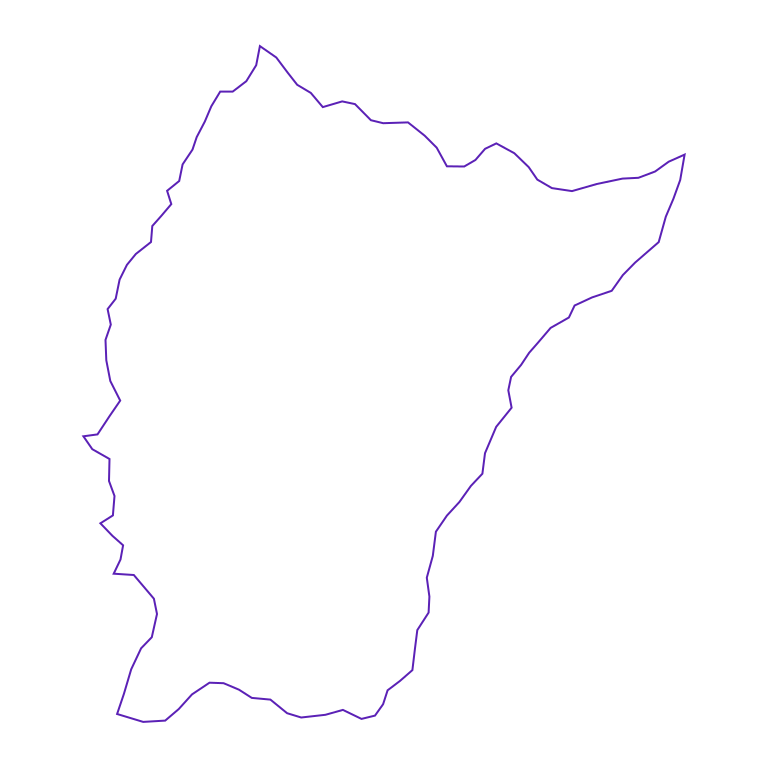 the district of Santa Bárbara de Goiás, Goiás, Brazil
{"feature_id": "56859067B76762527426674", "entity_name": "Santa Bárbara de Goiás", "entity_type": "district", "adm_level": 2, "iso_a3": "BRA", "parent_name": "Brazil", "parent_adm1": "Goiás", "projection": "orthographic", "projection_center": [-49.679, -16.596], "detail": "fine", "context": "isolated", "style": "outline", "palette": "violet", "viewbox_px": 768, "rotation_deg": 0, "n_neighbors": 0, "source": "geoboundaries", "source_scale": "gbopen_adm2", "svg_char_len": 1615}
<svg xmlns="http://www.w3.org/2000/svg" viewBox="0 0 768 768"><path d="M107.6,309.1L110.8,324.6L105.5,339.9L106.3,360.3L110.3,381.0L120.2,400.6L109.5,416.2L97.5,434.4L83.4,436.3L92.3,449.2L109.5,459.0L109.0,481.0L114.5,496.0L112.9,515.4L100.4,523.3L112.4,535.8L123.1,545.3L120.5,559.5L113.7,573.7L133.8,575.0L153.9,598.7L157.0,614.0L151.8,637.2L141.1,648.3L131.2,669.3L123.9,693.9L117.1,714.0L143.2,721.9L165.2,720.6L178.7,709.1L192.0,694.4L209.5,682.7L223.6,683.2L239.0,689.7L251.8,697.9L270.4,699.6L287.1,713.2L301.2,717.5L325.4,714.8L342.9,709.9L361.5,718.9L375.0,715.6L383.1,704.2L387.6,690.3L399.9,681.0L412.4,670.1L415.0,648.3L417.3,630.1L428.6,612.6L429.4,596.6L426.8,577.7L432.8,555.9L435.9,531.7L446.9,515.6L459.4,502.0L470.9,485.9L482.4,473.7L485.0,453.2L496.2,426.8L511.6,407.7L508.3,390.3L511.1,376.9L521.1,364.9L529.2,352.7L537.8,342.9L550.6,327.9L568.9,317.5L574.6,305.5L592.1,297.4L611.7,290.8L622.9,275.0L635.2,262.5L658.7,242.1L665.8,216.7L673.4,198.8L680.2,180.0L684.6,154.6L668.7,161.7L655.1,171.5L638.4,177.8L622.5,178.6L596.8,184.0L572.0,191.1L551.9,188.1L537.3,179.6L528.7,167.1L514.3,153.2L496.3,143.4L485.1,148.8L475.4,160.0L464.2,166.5L446.9,166.3L436.7,147.7L424.7,135.7L408.0,122.4L383.2,123.2L370.9,120.2L355.0,104.1L342.2,101.4L322.8,107.1L310.8,92.9L297.2,84.8L287.8,72.8L276.3,57.5L259.9,46.1L256.2,65.2L246.3,81.2L232.7,91.6L220.2,91.6L211.3,106.3L204.8,121.6L196.7,137.1L192.5,149.6L182.6,164.4L179.2,181.0L167.1,190.8L171.3,204.1L161.1,216.1L152.3,226.0L151.0,242.0L135.8,254.0L126.9,264.9L119.6,279.6L115.7,298.7L107.6,309.1Z" fill="none" stroke="#5b21b6" stroke-width="2"/></svg>